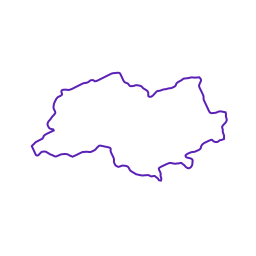 the district of Las Matas de Farfan, San Juan, Dominican Republic, rotated 244°
{"feature_id": "3306468B58611223630856", "entity_name": "Las Matas de Farfan", "entity_type": "district", "adm_level": 2, "iso_a3": "DOM", "parent_name": "Dominican Republic", "parent_adm1": "San Juan", "projection": "equal_earth", "projection_center": [-71.495, 18.95], "detail": "fine", "context": "isolated", "style": "outline", "palette": "violet", "viewbox_px": 256, "rotation_deg": 244, "n_neighbors": 0, "source": "geoboundaries", "source_scale": "gbopen_adm2", "svg_char_len": 5828}
<svg xmlns="http://www.w3.org/2000/svg" viewBox="0 0 256 256"><g transform="rotate(244 128 128)"><path d="M66.3,134.5L67.2,135.3L67.9,135.8L68.5,135.9L70.2,136.2L70.8,136.3L71.3,136.6L72.3,137.2L72.8,137.4L73.4,137.5L74.1,137.6L76.9,137.6L77.7,137.8L78.0,137.9L78.2,138.2L78.4,138.5L78.5,138.8L78.6,139.5L78.7,140.6L78.6,147.7L78.5,148.9L78.4,149.7L78.2,150.4L77.8,151.1L75.9,153.7L75.4,154.3L75.1,155.0L74.7,156.3L74.0,157.8L73.9,158.5L73.6,159.8L73.4,160.3L73.2,160.6L72.8,160.9L71.3,161.5L69.9,162.3L67.9,162.8L67.3,163.0L66.0,163.9L65.6,164.3L65.4,164.5L65.1,165.1L65.1,165.5L65.1,166.2L65.1,166.9L65.2,167.2L65.5,167.9L66.1,168.8L66.8,169.6L67.6,170.2L68.9,170.9L70.7,172.0L71.4,171.9L72.0,171.8L72.3,171.6L72.8,171.3L73.6,170.5L75.4,168.3L75.9,167.8L76.4,167.5L76.7,167.4L77.2,167.4L77.8,167.5L78.0,167.6L78.2,167.9L78.4,168.2L78.5,168.5L78.6,169.3L78.7,170.0L78.7,171.7L78.6,173.4L78.5,174.3L78.3,175.1L77.7,176.6L77.4,177.7L77.3,178.9L77.3,180.1L77.2,181.3L77.3,182.5L77.5,183.6L77.7,184.2L78.1,184.6L79.0,185.3L79.9,186.3L80.4,187.2L80.7,187.9L80.8,188.3L81.0,189.1L81.1,190.3L81.1,194.9L81.0,196.5L81.0,197.3L80.9,197.6L80.7,197.9L80.6,198.2L80.2,198.5L78.9,198.9L78.1,199.4L77.7,199.8L77.2,200.3L76.8,200.9L76.5,201.6L76.3,202.2L76.3,202.9L76.4,203.6L76.6,204.4L76.7,204.9L76.7,205.5L76.3,206.6L76.2,207.3L76.1,209.6L77.2,210.0L78.4,210.7L79.0,211.0L79.9,211.1L81.8,211.3L82.7,211.4L83.3,211.6L84.6,212.3L85.1,212.5L87.0,212.8L87.5,213.0L87.8,213.1L88.0,213.3L88.2,213.6L88.5,214.1L89.3,215.8L89.8,217.4L90.1,218.1L90.9,219.3L91.6,220.0L92.2,220.4L92.8,220.6L94.7,220.9L95.3,221.0L95.9,221.2L96.8,221.8L97.3,222.1L99.3,222.6L101.7,219.5L102.3,218.5L102.7,217.9L102.8,217.5L103.0,216.7L103.2,213.9L103.4,213.1L103.6,212.5L104.5,210.0L105.0,209.2L105.4,208.8L106.0,208.5L106.6,208.3L107.9,208.2L112.3,208.3L119.5,208.4L120.5,208.5L121.1,208.7L121.6,208.9L122.9,209.6L123.5,209.8L124.1,209.9L126.1,210.0L132.7,210.0L134.0,210.1L134.6,210.3L134.9,210.4L135.4,210.8L136.2,211.6L137.8,213.6L138.3,214.1L138.8,214.5L139.1,214.6L139.7,214.8L140.5,214.8L141.4,214.6L142.4,214.2L142.7,213.1L143.4,211.6L143.9,210.3L144.4,209.4L145.3,207.9L145.8,206.9L146.0,206.2L146.2,204.8L146.4,204.1L147.2,201.9L147.9,199.8L148.0,199.2L147.9,198.7L147.6,197.5L147.5,196.8L147.3,193.1L147.1,192.0L146.9,191.3L146.5,190.8L146.2,190.3L145.4,189.6L145.1,189.1L144.9,188.5L144.8,187.4L144.8,185.6L144.9,184.8L145.0,184.1L145.2,183.4L145.8,181.9L146.3,179.0L147.0,177.2L147.2,176.1L147.4,174.2L147.5,173.2L147.7,172.5L148.1,171.3L148.3,170.7L148.3,170.0L148.1,169.3L147.5,167.8L147.0,166.5L146.4,165.0L146.2,164.4L146.1,163.6L146.0,162.9L146.1,162.2L146.2,161.8L146.5,161.2L146.9,160.8L147.4,160.4L147.9,160.3L148.5,160.5L149.9,161.3L150.7,161.6L151.9,161.7L152.5,161.7L153.0,161.5L153.6,161.3L154.8,160.5L155.8,159.9L157.2,159.0L159.2,158.5L159.7,158.2L160.5,157.5L161.2,156.7L162.1,155.5L162.7,154.5L163.0,153.8L163.1,153.5L163.4,151.3L163.6,150.7L164.3,149.0L164.6,148.5L164.8,148.3L165.0,148.1L165.5,147.9L167.2,147.6L168.0,147.4L168.5,147.0L169.9,145.6L170.7,145.1L171.6,144.8L172.9,144.7L178.7,144.8L180.0,144.8L180.6,144.7L181.1,144.5L181.3,144.3L181.7,143.8L182.6,141.9L183.1,140.3L183.8,138.7L183.9,138.0L184.1,137.2L184.1,136.0L184.1,134.7L184.0,121.6L184.1,120.4L184.2,119.6L184.4,119.0L184.5,118.7L184.9,118.4L186.0,117.9L186.4,117.5L187.0,116.2L187.2,115.4L187.2,115.1L187.2,114.5L186.8,113.1L186.7,112.4L186.7,111.6L186.8,110.6L187.4,109.0L187.6,108.3L187.7,107.6L187.8,106.7L187.8,104.2L187.7,94.6L187.8,93.4L187.9,92.6L188.1,91.8L188.3,91.1L189.7,89.0L190.0,88.4L190.8,86.4L190.9,85.8L190.9,85.5L190.9,85.2L190.8,84.9L190.5,84.4L190.0,84.1L189.5,83.9L187.7,83.7L187.2,83.5L187.0,83.3L186.8,83.0L186.6,82.4L186.5,81.7L186.5,78.9L186.4,78.1L186.1,77.4L185.6,76.3L184.9,75.4L183.1,73.0L182.1,72.0L181.5,71.5L180.5,70.9L179.6,70.3L178.8,69.9L178.2,69.8L177.5,69.7L175.3,69.7L174.4,69.6L173.9,69.5L173.4,69.2L173.0,68.7L172.2,67.0L171.4,64.8L169.8,62.0L169.0,60.0L168.7,59.4L168.3,58.8L167.8,58.2L167.3,57.8L166.8,57.4L166.5,57.2L165.6,57.0L164.0,57.0L162.7,57.1L162.1,57.4L161.3,58.0L160.6,58.7L159.5,60.2L158.3,60.1L158.4,52.3L158.3,51.0L158.2,50.2L158.0,49.4L157.7,48.7L157.2,48.2L156.5,47.4L156.2,46.8L156.0,46.5L155.9,45.7L155.9,44.9L155.8,40.5L155.8,39.6L155.7,38.8L155.5,38.0L154.9,36.5L154.4,34.8L153.9,33.6L144.9,33.4L144.0,33.5L143.7,33.7L143.3,34.0L143.0,34.5L142.9,34.8L142.9,35.1L142.9,35.4L143.0,36.0L144.2,39.1L144.3,39.7L144.3,40.0L144.2,40.6L143.6,42.4L143.3,43.0L142.7,43.7L142.3,44.1L141.2,44.7L140.1,45.5L138.5,46.4L136.6,48.3L136.1,48.6L135.1,49.3L134.5,49.9L134.2,50.4L134.0,50.7L133.9,51.4L133.8,52.6L133.7,55.2L133.7,56.0L133.5,56.7L132.5,59.5L132.2,60.2L131.8,60.8L131.4,61.4L130.5,62.4L130.0,62.8L128.8,63.5L127.2,65.0L126.5,65.6L126.4,68.5L126.4,74.6L126.4,75.8L126.3,76.6L126.1,77.3L125.4,78.8L125.0,80.1L124.6,80.7L123.5,82.5L123.1,83.1L123.0,83.4L122.8,84.2L122.7,85.3L122.7,86.4L122.7,87.6L122.8,88.4L122.9,89.1L123.1,89.8L123.8,91.2L124.5,93.4L124.7,93.9L124.7,94.2L124.6,94.6L124.4,95.2L123.8,96.1L119.0,102.2L118.6,102.7L118.0,103.1L117.8,103.2L117.2,103.3L116.9,103.3L116.4,103.1L115.5,102.5L115.0,102.3L114.1,102.1L112.5,102.0L108.1,102.0L106.5,101.8L105.7,101.6L104.2,100.7L103.7,100.5L103.1,100.4L101.9,100.3L100.7,100.3L99.8,100.5L99.2,100.7L97.7,101.9L97.3,102.3L97.2,102.6L97.1,103.2L96.8,105.7L96.7,106.4L96.6,106.7L96.2,107.4L95.6,108.4L95.0,109.2L94.3,110.1L93.5,110.7L93.2,110.9L92.6,111.1L91.7,111.2L89.6,111.3L89.1,111.3L88.5,111.5L87.0,112.4L86.0,113.0L84.6,114.0L83.3,114.7L82.6,115.4L81.7,116.5L80.1,118.5L79.3,119.7L78.8,120.6L78.2,122.2L77.7,123.4L77.2,124.7L76.9,125.3L76.6,125.8L76.2,126.2L75.0,127.0L74.6,127.4L74.2,127.9L74.0,128.5L73.5,130.3L73.2,130.9L72.8,131.2L71.3,131.8L69.9,132.6L69.0,132.8L67.5,132.9L66.3,134.5Z" fill="none" stroke="#5b21b6" stroke-width="2"/></g></svg>